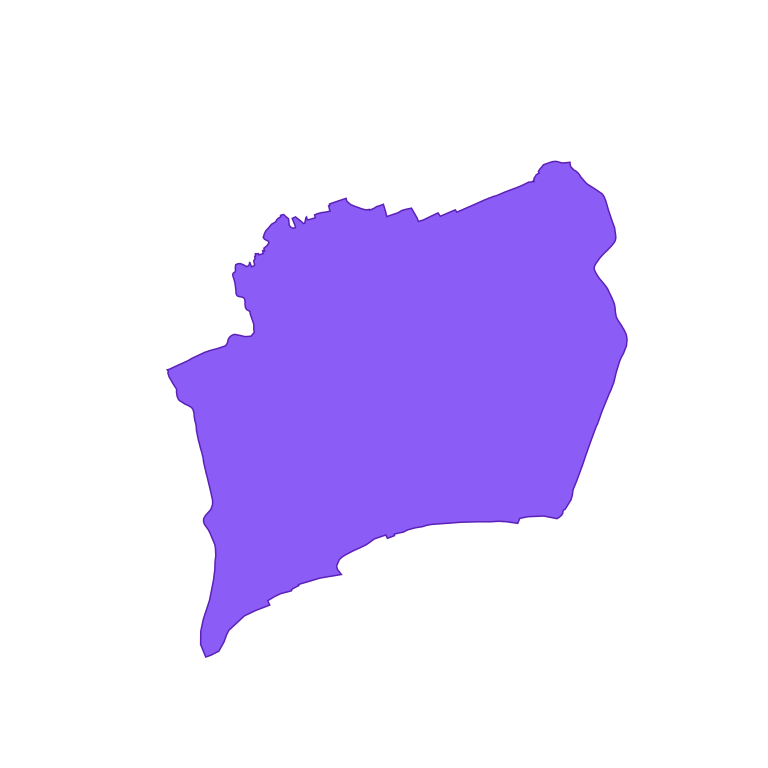 the district of Kota Tegal, Jawa Tengah, Indonesia, rotated 154°
{"feature_id": "22746128B85080883644541", "entity_name": "Kota Tegal", "entity_type": "district", "adm_level": 2, "iso_a3": "IDN", "parent_name": "Indonesia", "parent_adm1": "Jawa Tengah", "projection": "mercator", "projection_center": [109.116, -6.87], "detail": "fine", "context": "isolated", "style": "filled", "palette": "violet", "viewbox_px": 768, "rotation_deg": 154, "n_neighbors": 0, "source": "geoboundaries", "source_scale": "gbopen_adm2", "svg_char_len": 6099}
<svg xmlns="http://www.w3.org/2000/svg" viewBox="0 0 768 768"><g transform="rotate(154 384 384)"><path d="M119.6,501.7L123.9,503.3L126.8,504.5L128.9,506.2L130.7,507.9L132.4,509.0L134.3,509.7L135.5,510.1L142.2,510.9L144.8,511.1L146.7,510.0L149.4,509.0L151.2,507.9L152.1,507.4L152.2,505.5L155.3,505.4L156.5,504.5L159.0,503.1L159.5,501.9L160.2,501.5L160.4,500.1L161.0,500.4L161.0,500.9L162.3,501.0L163.8,501.1L165.2,502.0L165.3,502.0L173.8,502.0L176.4,502.2L180.9,502.5L181.2,502.6L190.6,503.5L200.9,504.0L201.7,504.3L202.5,504.4L204.1,504.7L205.2,504.7L206.4,504.8L207.4,504.9L207.6,505.0L209.3,505.1L211.5,505.2L212.1,505.3L225.8,505.8L243.2,506.5L243.6,509.3L259.9,510.1L260.4,514.1L269.4,514.2L276.8,514.2L281.8,515.0L281.5,518.6L281.6,520.3L282.2,530.0L287.3,531.3L291.5,532.1L292.8,532.1L296.6,531.8L308.1,533.3L307.1,537.7L305.8,545.8L310.2,546.2L312.8,546.7L313.6,546.6L314.9,546.4L315.1,546.4L315.6,546.4L315.8,546.3L317.4,546.3L317.8,546.4L320.7,546.5L320.6,547.3L323.7,548.3L325.1,549.4L327.5,551.5L330.3,554.5L331.9,556.0L333.7,558.1L335.2,559.7L336.6,562.9L337.3,564.7L336.8,566.9L336.7,567.5L348.3,569.0L350.7,569.3L354.1,569.7L354.4,568.3L355.7,568.4L355.9,567.1L356.6,564.2L356.8,563.0L357.1,563.1L360.3,563.9L361.7,564.3L362.7,564.6L364.1,565.2L366.9,565.8L367.5,566.0L369.8,566.3L372.3,566.4L372.5,565.3L372.8,563.6L373.2,563.6L377.1,564.2L379.1,564.6L380.0,564.9L381.0,565.2L380.6,567.3L380.4,568.0L381.3,567.7L384.7,563.3L385.9,563.4L387.6,567.4L390.3,573.0L393.9,573.1L394.5,565.2L395.1,563.3L397.3,563.8L398.8,565.3L399.6,568.1L398.6,570.9L397.4,574.4L398.7,577.3L399.5,579.2L399.9,580.4L400.8,580.5L401.8,580.8L402.6,580.9L403.1,580.9L403.4,579.6L405.5,579.4L408.1,578.8L410.3,577.2L415.0,576.9L419.1,575.0L423.1,573.5L425.5,571.6L428.3,568.7L427.9,566.4L425.5,563.2L425.5,561.5L427.7,560.0L429.7,559.3L432.4,558.7L433.0,556.1L433.4,556.9L434.7,557.0L435.4,554.2L436.6,554.3L437.4,554.6L438.2,554.6L439.9,554.9L439.7,556.2L440.9,556.7L442.5,557.5L443.0,556.7L442.8,556.1L443.1,555.6L443.5,555.1L444.3,555.4L444.6,554.4L444.7,553.8L444.8,553.2L446.2,552.4L447.1,551.8L448.1,547.6L449.3,547.2L451.7,547.4L451.3,552.6L452.6,550.4L454.6,549.6L456.3,549.9L456.9,551.2L458.1,552.7L459.4,554.3L460.8,555.5L462.5,556.0L462.9,556.2L465.0,556.2L466.5,554.0L467.6,551.4L468.7,550.1L471.0,549.7L472.0,548.7L472.6,546.6L472.8,544.6L473.6,540.4L474.7,537.0L476.2,532.7L477.3,530.3L477.4,528.4L476.9,527.0L475.9,526.1L473.3,524.2L472.4,523.0L472.0,521.4L472.7,519.2L474.2,516.0L475.0,513.5L474.9,511.3L473.0,508.4L472.8,507.6L473.5,505.8L474.5,497.5L474.8,495.1L475.6,493.1L477.1,490.2L478.0,487.3L480.7,486.1L482.6,485.3L485.8,486.5L488.6,487.8L490.0,489.0L492.0,490.7L494.3,492.4L496.2,493.9L497.3,494.3L498.1,494.4L498.4,494.4L499.8,494.4L502.3,493.8L503.4,493.1L504.0,492.8L505.7,490.9L506.8,489.6L508.0,488.7L509.7,487.8L513.0,488.2L518.1,488.9L518.6,489.0L525.9,490.4L526.0,490.4L531.7,491.1L534.9,491.1L540.7,491.2L545.2,491.3L550.1,490.9L557.3,491.1L564.6,491.3L566.1,491.3L568.0,491.3L569.7,491.3L571.5,491.5L571.9,491.5L572.6,491.7L572.4,490.6L572.4,489.7L573.5,488.5L573.5,487.6L573.6,487.1L573.9,485.6L574.0,483.8L573.8,482.0L573.6,477.8L573.2,474.3L572.7,470.2L574.2,467.4L574.4,466.5L575.3,463.8L575.4,462.8L575.5,460.2L575.1,458.8L571.7,453.2L571.5,452.9L569.5,450.7L567.6,447.7L567.1,446.4L566.9,444.5L567.6,440.8L568.7,438.4L569.4,436.1L569.8,434.9L570.9,429.7L571.1,429.0L573.0,424.2L574.2,419.7L574.3,419.3L575.3,415.3L576.2,410.9L577.0,407.1L577.7,403.0L577.7,402.8L578.9,397.2L580.4,392.7L580.5,392.3L583.2,380.9L583.1,380.6L586.8,363.9L589.1,354.4L591.0,350.7L594.7,347.1L602.1,344.1L603.7,343.0L605.2,341.9L606.5,339.4L606.9,336.6L606.7,335.2L605.8,329.9L605.7,326.6L606.1,319.9L606.2,317.7L606.4,314.0L607.0,312.0L607.2,311.0L610.4,303.5L613.9,298.1L617.2,291.7L623.2,282.5L631.9,271.0L635.8,265.9L647.1,254.3L649.4,251.9L656.2,243.2L656.9,242.3L657.6,241.0L663.0,230.3L663.9,216.7L658.2,216.1L649.5,216.3L641.0,222.2L635.3,227.7L631.5,230.6L611.1,236.8L598.5,236.7L583.6,235.4L583.5,240.2L575.9,240.9L569.0,240.9L557.9,238.7L556.3,240.0L548.9,240.2L548.8,241.3L526.6,237.6L505.8,231.5L507.1,237.6L506.8,239.3L506.6,240.9L505.5,242.0L504.0,243.3L502.7,244.4L501.1,245.8L497.3,246.9L493.8,247.3L488.0,247.5L486.3,247.5L485.5,247.6L484.2,247.5L473.8,247.3L470.3,247.3L460.4,249.0L448.6,247.5L448.6,243.8L441.0,243.1L440.6,244.6L436.2,243.6L431.9,242.5L431.5,242.4L426.5,242.5L418.8,241.0L411.9,238.9L407.7,238.3L402.9,237.0L391.7,232.5L385.3,229.9L375.6,226.1L360.7,219.3L349.0,213.6L341.2,210.4L333.9,206.3L324.9,200.1L320.9,203.7L312.8,201.6L298.3,195.3L287.5,187.1L285.3,187.3L281.9,188.2L279.9,189.5L279.2,190.9L278.0,191.9L276.1,192.0L267.1,197.7L266.8,197.8L264.1,200.8L263.3,201.8L260.5,206.0L253.0,212.7L240.4,224.8L233.0,232.3L227.0,238.2L222.1,243.0L214.8,250.0L211.9,252.7L209.7,254.4L199.5,264.4L185.8,276.6L182.6,279.2L176.7,284.7L171.0,291.7L169.8,293.1L161.9,301.5L159.3,303.7L155.0,306.8L149.2,312.2L147.1,315.9L146.6,316.3L146.1,317.4L145.5,319.0L145.0,320.8L144.6,322.5L144.5,323.9L144.5,326.0L144.5,327.8L144.7,329.7L144.8,330.9L144.9,332.5L145.2,334.8L145.6,337.8L145.8,339.5L145.8,341.2L145.8,342.5L145.4,344.0L144.6,346.9L143.5,349.7L142.7,352.0L142.1,354.0L141.8,355.8L141.6,357.4L141.6,358.8L141.4,361.3L141.4,367.1L141.4,368.4L141.3,369.4L141.3,370.4L141.3,371.0L141.4,371.9L141.5,373.2L142.0,375.5L142.3,377.2L142.7,378.7L143.1,380.4L143.4,381.6L143.9,383.4L144.2,385.0L144.4,386.3L144.5,386.8L144.7,389.2L144.9,391.5L144.9,392.9L144.7,394.9L144.3,396.2L143.2,397.5L141.9,398.5L140.4,399.6L137.9,400.9L135.2,402.4L132.1,403.7L128.5,405.1L124.8,406.2L121.7,407.4L119.4,408.2L116.4,409.6L114.3,410.7L113.1,411.7L112.4,412.7L111.7,413.5L110.9,415.3L110.4,416.7L110.0,418.0L108.3,423.2L107.5,430.7L106.6,437.4L106.1,441.5L105.5,444.9L104.3,451.8L104.1,456.4L104.5,458.9L104.6,459.3L109.3,467.6L111.0,470.3L113.3,474.0L114.3,476.0L114.4,476.8L114.8,477.9L116.3,483.7L116.7,486.9L117.2,489.0L117.3,489.2L118.2,491.3L118.7,491.9L119.4,492.9L120.8,496.9L120.7,498.7L120.2,500.5L119.6,501.7Z" fill="#8b5cf6" stroke="#5b21b6" stroke-width="1.5"/></g></svg>